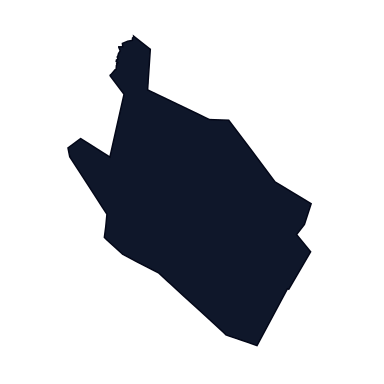 San Francisco Tlapancingo, Oaxaca, Mexico, rotated 28°
{"feature_id": "50627088B51167334219016", "entity_name": "San Francisco Tlapancingo", "entity_type": "district", "adm_level": 2, "iso_a3": "MEX", "parent_name": "Mexico", "parent_adm1": "Oaxaca", "projection": "albers", "projection_center": [-98.293, 17.481], "detail": "fine", "context": "isolated", "style": "filled", "palette": "ink", "viewbox_px": 384, "rotation_deg": 28, "n_neighbors": 0, "source": "geoboundaries", "source_scale": "gbopen_adm2", "svg_char_len": 1155}
<svg xmlns="http://www.w3.org/2000/svg" viewBox="0 0 384 384"><g transform="rotate(28 192 192)"><path d="M63.3,110.9L63.8,112.4L65.8,112.8L65.2,113.9L65.8,114.6L65.8,115.7L67.5,119.4L66.7,120.1L65.3,126.7L65.1,126.7L64.9,127.2L65.1,127.8L86.1,137.6L103.1,199.7L68.6,197.1L61.8,211.3L67.5,218.3L78.5,224.4L82.5,226.6L101.2,237.0L113.2,243.7L120.3,247.7L125.8,250.7L127.3,251.5L132.1,263.0L135.9,273.2L139.1,274.2L153.8,277.9L158.2,279.0L160.0,279.5L177.1,279.5L196.2,279.2L200.5,279.1L212.5,282.3L215.1,282.9L234.1,287.9L253.2,292.7L272.1,297.6L287.3,301.6L288.9,302.2L291.8,301.8L307.2,299.3L310.1,298.8L321.5,297.1L321.7,232.6L323.1,232.4L324.8,189.1L304.3,180.5L306.5,167.9L302.7,146.4L260.5,144.1L233.2,131.2L226.7,128.1L190.7,111.4L180.1,116.6L173.7,119.7L173.4,119.8L172.8,119.9L168.1,120.1L164.0,120.2L106.7,122.6L104.8,122.6L104.2,121.2L103.0,118.6L102.1,116.5L100.9,114.0L100.2,112.4L98.1,107.7L88.2,85.6L67.3,81.8L67.7,82.4L67.2,84.0L68.2,86.1L64.5,89.0L60.8,93.5L62.7,96.3L59.2,98.2L59.4,98.6L61.2,100.1L62.4,101.1L62.1,104.2L62.6,106.3L62.8,107.6L62.6,107.9L64.3,109.5L63.3,110.9Z" fill="#0f172a" stroke="#020617" stroke-width="1.5"/></g></svg>